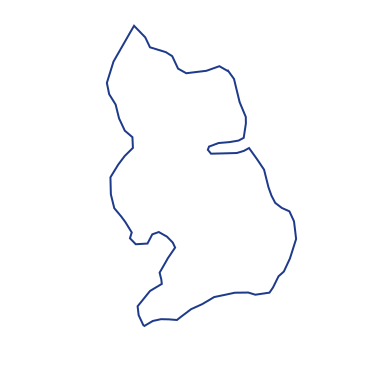 outline of Janggang, Chagang-do, North Korea, rotated 197°
{"feature_id": "82179303B52063530776064", "entity_name": "Janggang", "entity_type": "district", "adm_level": 2, "iso_a3": "PRK", "parent_name": "North Korea", "parent_adm1": "Chagang-do", "projection": "albers", "projection_center": [126.732, 41.061], "detail": "fine", "context": "isolated", "style": "outline", "palette": "blue", "viewbox_px": 384, "rotation_deg": 197, "n_neighbors": 0, "source": "geoboundaries", "source_scale": "gbopen_adm2", "svg_char_len": 1303}
<svg xmlns="http://www.w3.org/2000/svg" viewBox="0 0 384 384"><g transform="rotate(197 192 192)"><path d="M198.4,50.0L191.8,57.2L184.5,61.3L177.1,63.4L169.0,65.2L166.0,69.5L158.6,79.7L149.4,87.8L140.1,98.0L129.0,104.1L121.6,108.2L108.8,112.3L101.4,112.3L88.5,118.4L87.1,122.8L86.6,124.5L84.6,136.7L80.9,142.8L78.9,157.1L78.8,167.3L78.7,177.5L82.3,185.7L85.9,193.8L93.2,202.0L101.4,203.0L109.2,205.9L114.9,211.7L120.2,218.8L129.6,234.4L139.8,242.7L150.3,250.7L154.4,246.5L160.5,242.4L172.7,238.3L185.0,234.2L189.2,237.0L189.0,240.4L180.9,246.6L170.7,250.7L162.5,254.8L158.4,258.9L160.5,273.3L162.5,279.5L172.7,291.8L178.8,302.1L184.9,312.4L193.1,318.6L193.4,318.2L202.6,320.3L213.7,312.1L223.0,308.0L232.2,303.9L241.4,305.9L250.6,316.1L257.9,318.1L265.3,318.1L274.5,318.1L281.9,326.2L296.0,334.0L297.8,326.4L301.5,310.1L305.2,293.8L305.3,275.5L305.3,271.4L304.1,269.2L299.8,261.3L290.6,253.3L283.3,241.1L274.2,231.0L265.0,227.0L261.4,216.9L266.9,206.7L270.6,196.5L274.3,182.2L268.9,166.0L261.6,153.8L252.4,147.8L247.0,143.8L237.8,135.7L237.8,129.6L230.5,125.6L219.5,129.7L217.6,139.9L212.1,144.0L202.9,142.0L195.6,138.0L191.9,133.9L195.7,121.7L197.5,113.6L199.4,105.4L195.8,99.4L194.0,95.3L203.2,85.1L210.6,66.8L207.0,58.6L199.7,50.5L198.4,50.0Z" fill="none" stroke="#1e3a8a" stroke-width="2"/></g></svg>